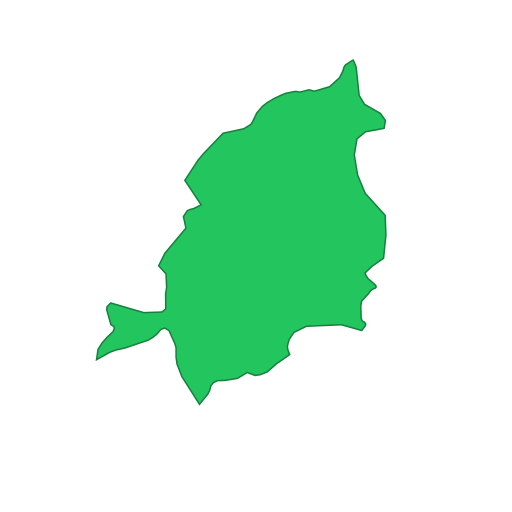 SVG path tracing the border of Chhukha, rotated 236°
{"feature_id": "BTN-2433", "entity_name": "Chhukha", "entity_type": "District", "adm_level": 1, "iso_a3": "BTN", "parent_name": "Bhutan", "parent_adm1": "", "projection": "equal_earth", "projection_center": [89.524, 27.004], "detail": "fine", "context": "isolated", "style": "filled", "palette": "green", "viewbox_px": 512, "rotation_deg": 236, "n_neighbors": 0, "source": "natural_earth", "source_scale": "10m", "svg_char_len": 1660}
<svg xmlns="http://www.w3.org/2000/svg" viewBox="0 0 512 512"><g transform="rotate(236 256 256)"><path d="M364.0,446.2L356.6,444.7L331.4,431.3L321.1,430.8L304.6,438.9L296.0,439.1L290.2,433.6L297.7,416.3L296.7,405.3L284.8,394.0L266.2,385.5L246.9,381.6L217.5,385.8L200.8,375.5L182.8,360.5L182.8,360.4L182.6,346.9L181.0,337.0L178.6,336.3L174.8,336.2L164.9,338.9L163.1,338.3L162.7,336.8L163.2,334.5L163.2,331.7L161.8,328.0L159.5,318.3L156.0,315.0L146.3,308.8L143.7,307.8L141.8,308.1L140.5,309.0L138.2,308.9L137.0,307.6L135.1,302.0L151.2,288.4L169.5,258.6L171.4,245.0L170.3,241.8L168.3,237.1L166.0,234.1L163.5,231.5L160.9,230.1L155.4,228.8L155.2,212.8L153.6,200.5L155.2,193.2L157.5,188.4L164.3,183.6L164.9,172.2L170.1,160.9L174.3,154.1L174.8,149.6L173.8,146.4L170.5,142.4L168.5,139.0L164.6,126.2L197.4,127.1L210.6,130.1L216.7,133.1L224.6,138.4L228.6,139.7L242.9,142.2L247.4,139.9L247.9,138.1L248.2,135.9L247.8,134.1L247.1,131.9L246.6,129.6L246.2,125.1L246.5,119.6L253.1,95.6L256.3,87.5L257.9,81.3L259.2,65.8L267.0,72.9L270.0,79.9L271.8,86.6L273.3,95.3L275.0,97.8L276.9,98.7L280.2,97.3L294.9,102.2L297.3,104.2L298.3,109.3L271.8,131.3L262.2,146.6L262.6,151.6L274.9,159.7L280.0,164.4L291.5,171.4L302.3,169.8L309.3,182.1L318.3,213.5L329.3,217.9L332.0,224.4L331.3,227.9L330.2,230.7L329.1,239.1L358.5,239.3L367.9,261.6L370.2,269.6L376.2,297.4L368.3,317.1L368.0,325.0L368.9,327.6L374.2,336.7L376.5,345.1L376.9,351.3L376.4,359.6L375.2,367.2L374.2,371.8L371.1,379.3L370.2,381.1L367.4,383.9L364.1,393.0L360.0,396.5L355.2,411.7L357.1,424.9L360.7,431.3L363.5,434.8L364.4,437.0L364.3,443.7L364.1,446.0L364.0,446.2Z" fill="#22c55e" stroke="#15803d" stroke-width="1.5"/></g></svg>